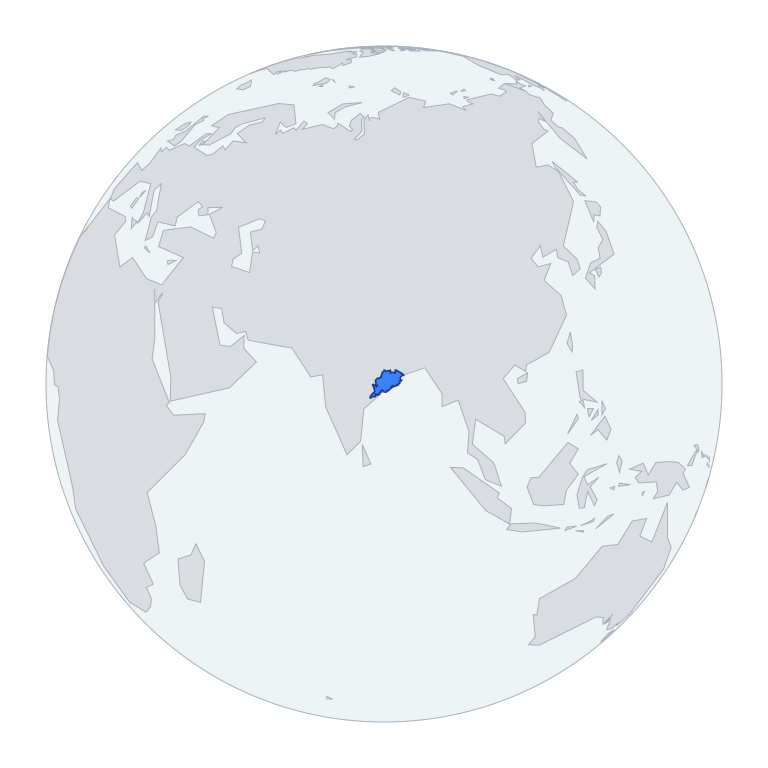 Odisha on an orthographic globe
{"feature_id": "IND-2444", "entity_name": "Odisha", "entity_type": "State", "adm_level": 1, "iso_a3": "IND", "parent_name": "India", "parent_adm1": "", "projection": "orthographic", "projection_center": [83.889, 20.172], "detail": "fine", "context": "on_globe", "style": "filled", "palette": "blue", "viewbox_px": 768, "rotation_deg": 0, "n_neighbors": 0, "source": "natural_earth", "source_scale": "10m", "svg_char_len": 15274}
<svg xmlns="http://www.w3.org/2000/svg" viewBox="0 0 768 768"><circle cx="384" cy="384" r="338" fill="#eef3f6" stroke="#a8b0b8"/><path d="M509.7,70.3L511.8,71.2L527.0,77.9L516.2,73.3L551.4,90.8L567.2,101.4L543.4,86.6L536.5,83.1L544.3,88.3L538.9,86.0L539.6,87.6L532.4,84.7L519.0,77.4L514.1,75.8L519.9,79.7L516.4,80.1L508.6,74.5L501.6,74.9L478.0,65.1L462.8,56.1L443.9,52.0L424.1,48.5L453.2,53.2L481.8,60.5L509.7,70.3ZM383.5,46.1L384.7,46.1L379.9,46.3L374.8,46.2L376.1,46.2L383.5,46.1ZM362.8,46.7L362.6,46.8L358.3,47.1L362.8,46.7ZM539.1,83.9L534.2,81.3L540.8,84.7L539.1,83.9ZM540.9,88.3L544.0,90.0L543.0,90.2L540.9,88.3ZM531.1,86.3L528.6,86.7L528.9,85.0L531.1,86.3ZM525.6,86.0L519.7,87.9L526.1,91.3L504.6,83.5L516.8,83.9L516.1,81.0L520.5,84.1L525.6,86.0ZM389.8,46.1L388.2,46.1L386.6,46.1L389.8,46.1ZM421.8,48.2L425.9,48.8L415.9,47.7L426.3,49.2L415.7,48.5L407.6,47.6L406.3,47.1L403.3,47.3L393.8,46.2L404.2,46.7L421.8,48.2ZM493.7,79.4L490.3,79.1L491.3,78.1L493.7,79.4ZM385.1,46.3L390.1,46.3L395.1,46.8L386.1,46.9L387.4,46.6L385.1,46.3ZM434.2,50.3L436.3,51.1L428.3,50.6L428.1,51.0L415.9,48.6L434.2,50.3ZM383.9,46.6L381.4,47.0L374.8,47.1L380.6,46.3L383.9,46.6ZM400.1,47.0L402.1,47.3L398.1,47.1L400.1,47.0ZM350.1,48.6L355.9,47.9L359.0,48.0L350.1,48.6ZM380.9,47.3L383.2,47.3L385.1,47.4L382.2,47.8L380.9,47.3ZM411.2,48.8L407.4,48.7L415.7,49.7L410.1,49.9L403.0,48.5L403.7,49.2L402.0,49.3L398.1,48.1L411.2,48.8ZM384.8,48.8L373.9,48.0L362.4,48.8L359.4,48.6L378.3,47.4L384.8,48.8ZM393.0,48.4L387.2,48.5L386.3,47.9L389.7,47.5L393.0,48.4ZM408.8,50.7L419.3,50.7L420.5,51.1L408.8,50.7ZM381.7,49.1L384.4,49.4L381.0,49.2L381.7,49.1ZM400.7,50.2L404.2,50.0L405.5,50.4L400.7,50.2ZM386.9,50.3L383.3,49.9L385.5,49.4L386.9,50.3ZM393.3,50.3L394.2,51.0L388.4,49.5L394.7,50.1L393.3,50.3ZM401.3,50.6L403.2,50.8L399.6,50.7L401.3,50.6ZM380.7,52.8L372.8,51.1L377.6,49.8L384.6,51.6L380.7,52.8ZM79.4,237.7L109.8,198.9L108.4,207.9L125.3,216.5L125.9,221.1L114.6,235.0L119.9,267.0L132.5,257.4L146.5,278.7L161.7,284.9L183.4,257.5L158.6,246.6L163.4,230.4L190.6,226.9L213.7,238.2L216.3,232.4L209.4,214.5L222.5,207.2L207.9,207.7L208.0,214.8L198.9,215.8L198.2,209.5L202.9,206.8L198.2,201.6L177.2,217.1L175.1,226.0L157.9,221.8L152.7,236.6L145.2,240.6L151.2,217.4L156.6,210.6L161.3,183.7L154.1,190.1L149.2,216.5L147.2,212.9L137.4,223.5L143.4,212.6L150.7,183.8L140.3,181.0L113.6,201.0L110.5,199.0L114.0,189.2L137.4,162.7L141.8,170.5L150.2,162.7L161.0,147.8L161.4,151.9L166.4,147.3L169.2,150.3L184.7,143.5L189.3,146.0L206.5,133.7L211.2,133.7L199.7,140.6L194.1,147.4L207.0,155.5L212.7,154.2L222.8,145.9L225.1,149.8L233.3,140.9L246.1,142.8L237.3,133.6L249.0,125.3L262.8,121.9L265.0,117.9L242.6,123.7L235.1,127.7L231.1,133.5L209.3,145.0L202.5,144.7L219.4,127.6L211.6,125.7L228.2,114.6L278.6,103.5L293.9,104.9L295.9,123.8L286.0,127.4L280.3,122.1L275.3,134.4L280.6,129.8L282.5,133.5L294.1,127.8L296.0,130.3L303.9,121.1L307.5,123.6L302.5,129.3L322.7,124.5L333.2,128.7L336.9,126.6L337.9,123.1L350.6,131.6L352.7,129.7L349.4,126.1L351.5,120.2L360.2,113.6L364.1,116.9L361.5,119.7L361.9,131.3L354.4,139.2L356.9,140.0L364.4,134.0L363.9,119.7L368.0,114.9L369.7,121.1L369.4,118.4L372.7,117.2L379.6,119.2L378.4,112.4L409.2,97.4L425.6,101.0L423.7,107.5L449.3,103.8L465.9,110.4L462.7,106.7L472.9,103.9L467.9,101.7L467.2,99.8L491.0,94.1L499.7,96.2L506.4,91.7L504.9,90.1L498.8,88.1L504.6,83.5L526.1,91.3L528.6,94.4L540.4,98.1L544.4,105.0L553.2,113.3L550.9,120.2L558.0,126.9L561.8,127.7L574.4,138.3L587.2,159.0L560.2,138.4L537.7,111.3L545.4,121.4L538.7,118.4L538.4,121.9L544.3,129.7L548.0,131.0L531.9,143.5L536.2,167.2L547.9,164.9L558.5,171.6L573.6,201.6L563.3,246.0L577.3,259.4L580.2,268.9L572.7,275.6L568.2,261.8L557.8,257.6L556.4,249.4L542.9,257.1L540.3,245.7L531.0,258.2L538.0,266.9L550.9,263.5L544.0,280.5L561.1,295.5L566.5,315.1L549.1,352.3L526.3,365.0L525.7,371.5L514.9,365.0L503.1,378.5L525.2,412.7L525.5,423.0L505.2,443.9L504.3,436.4L475.8,419.3L472.2,444.0L493.9,463.1L501.4,486.1L485.5,479.7L477.7,459.5L467.5,452.8L469.0,431.5L458.2,400.1L442.1,406.6L442.1,393.7L424.8,367.8L400.9,376.0L363.8,409.0L360.6,441.3L347.0,454.7L325.6,406.8L322.6,374.9L310.7,376.9L292.1,348.2L248.2,340.2L245.6,331.4L236.6,333.6L224.1,322.8L221.6,308.5L212.3,307.3L220.0,345.1L230.4,346.6L244.1,335.5L243.9,348.4L256.4,362.0L229.4,387.8L170.3,401.2L170.7,376.4L158.1,301.9L161.9,295.2L162.1,294.4L162.4,292.8L154.8,303.2L154.7,289.1L154.8,338.8L152.1,358.9L169.3,402.4L166.2,405.4L173.6,415.2L205.1,413.7L203.9,421.6L185.2,454.5L147.2,492.4L155.9,526.4L159.3,552.8L143.6,563.2L153.3,584.2L146.4,587.3L151.4,598.4L150.5,606.9L146.0,612.2L129.5,602.0L121.9,591.4L103.7,566.2L75.7,509.0L72.9,488.7L68.7,469.4L57.5,420.1L59.5,398.9L58.1,386.9L54.4,384.6L53.7,370.3L52.1,367.1L47.2,356.4L50.1,331.8L54.8,307.5L61.3,283.7L69.5,260.4L79.4,237.7ZM88.3,226.4L85.0,232.1L88.3,226.4ZM231.6,266.5L249.6,272.6L252.5,252.0L259.7,253.0L258.0,246.0L252.6,250.5L250.3,232.1L262.0,229.1L265.5,221.0L259.6,218.7L238.5,227.3L241.7,253.2L232.9,259.5L231.6,266.5ZM190.9,122.1L188.0,126.1L181.4,130.3L175.6,129.8L185.2,123.5L190.9,122.1ZM185.6,131.2L204.0,115.9L208.4,116.4L202.8,118.5L203.8,120.4L195.2,124.5L181.3,141.1L174.5,146.1L167.5,140.9L173.5,139.4L175.9,135.1L185.6,131.2ZM243.4,84.3L251.5,80.1L250.5,86.4L243.1,89.8L236.8,88.8L241.9,84.3L243.4,84.3ZM337.2,49.3L350.2,47.8L369.3,46.4L373.4,46.6L371.2,47.1L367.2,47.4L365.8,47.0L361.5,47.8L356.4,47.6L352.6,48.3L325.5,51.3L327.7,50.9L309.3,54.5L308.8,54.6L337.2,49.3ZM267.5,66.8L278.8,62.9L296.1,58.1L301.7,57.9L306.1,56.2L310.1,55.9L304.9,57.3L315.2,54.9L317.1,55.2L332.5,53.8L346.3,51.3L352.2,51.1L347.8,52.3L356.9,51.4L352.5,53.7L356.7,53.9L356.6,56.8L345.6,59.7L351.1,59.7L351.3,62.5L342.6,65.6L342.7,62.9L333.1,68.6L328.0,66.7L327.3,67.5L319.9,67.6L309.7,69.3L308.7,68.2L305.1,69.5L300.2,69.9L295.0,71.4L291.4,70.1L284.7,72.1L286.8,70.4L276.3,74.3L282.5,71.0L276.7,71.9L273.7,74.6L267.2,68.6L259.7,70.2L249.9,73.9L258.8,70.1L267.5,66.8ZM380.2,53.6L368.3,56.4L359.6,57.1L363.4,51.9L360.2,51.5L362.4,49.2L374.9,48.5L373.1,49.1L374.3,49.7L369.9,49.6L374.3,50.1L372.1,51.1L374.9,51.9L370.2,52.5L380.2,53.6ZM132.2,217.5L133.7,219.7L137.3,221.5L131.2,228.6L132.2,217.5ZM136.7,197.8L138.8,198.2L131.9,208.2L130.4,206.3L136.7,197.8ZM145.9,190.4L139.5,197.5L142.0,192.5L145.9,190.4ZM202.3,140.9L205.3,141.3L203.3,143.5L199.0,145.8L202.3,140.9ZM313.1,85.7L314.6,83.1L316.9,82.8L325.8,77.9L330.3,79.5L326.7,83.0L313.1,85.7ZM175.8,260.7L168.0,264.5L167.2,260.8L170.1,260.2L175.8,260.7ZM145.9,245.9L150.0,253.0L144.2,247.8L145.9,245.9ZM319.5,86.5L322.7,84.2L323.0,86.5L319.5,86.5ZM334.0,80.5L335.4,82.7L331.9,79.1L334.0,80.5ZM326.4,696.4L332.6,699.2L327.0,698.8L326.4,696.4ZM204.5,561.2L200.5,602.4L187.7,599.1L180.0,585.1L177.9,559.0L190.9,554.9L195.9,543.9L204.5,561.2ZM575.5,530.7L583.8,530.7L583.3,532.2L575.5,530.7ZM567.0,527.1L576.7,526.1L565.0,530.5L567.0,527.1ZM580.4,525.7L590.3,521.3L594.6,518.3L593.6,521.4L580.4,525.7ZM560.3,528.1L522.3,532.0L506.8,529.5L510.8,523.9L535.8,523.0L560.3,528.1ZM509.5,523.9L485.6,510.5L450.5,467.4L463.1,467.8L499.3,493.0L497.1,497.7L511.6,508.7L509.5,523.9ZM566.4,490.3L563.9,504.5L543.3,505.8L533.7,504.5L527.1,487.3L530.8,477.8L538.8,477.3L567.9,442.5L578.4,448.8L569.8,463.2L578.3,474.3L566.4,490.3ZM362.3,444.5L370.8,463.9L363.2,466.7L362.3,444.5ZM578.3,418.8L567.5,434.2L577.0,414.3L578.3,418.8ZM583.1,400.5L584.5,407.5L579.2,401.3L583.1,400.5ZM526.6,381.3L518.2,383.7L517.4,378.7L527.6,372.7L526.6,381.3ZM570.4,331.9L572.7,346.6L572.0,351.8L567.0,343.4L570.4,331.9ZM362.2,102.6L344.8,107.1L335.2,112.7L334.5,119.1L328.0,112.7L342.8,103.9L362.2,102.6ZM403.0,97.3L403.5,92.7L408.2,94.2L408.8,95.4L403.0,97.3ZM399.8,95.0L391.2,90.7L394.7,87.8L400.8,91.7L399.8,95.0ZM354.8,86.9L349.3,87.9L349.2,85.9L354.8,86.9ZM600.6,642.0L607.7,633.9L614.4,629.6L605.4,638.4L600.6,642.0ZM596.2,616.9L539.2,645.2L528.5,644.8L535.2,636.7L533.2,614.7L537.0,614.7L539.4,598.7L575.3,578.5L602.3,546.2L617.8,544.5L632.2,521.0L646.7,518.4L639.8,536.0L651.9,542.0L667.5,502.3L667.5,537.9L671.2,547.3L663.5,569.1L629.4,614.2L616.7,625.7L617.6,623.2L611.4,628.6L606.6,629.7L610.5,619.2L604.2,624.5L613.3,613.9L602.7,624.1L603.3,617.6L596.2,616.9ZM694.6,517.0L696.6,511.8L696.8,511.7L696.2,513.4L694.6,517.0ZM706.0,486.6L705.8,487.0L706.8,483.9L706.4,485.3L706.0,486.6ZM706.9,483.5L708.2,479.0L707.1,483.0L706.9,483.5ZM708.4,467.7L709.3,465.1L709.3,466.4L708.4,467.7ZM595.8,528.8L607.9,516.1L613.9,514.0L595.8,528.8ZM708.3,464.3L706.9,465.4L707.4,463.1L708.3,464.3ZM709.1,459.3L709.4,456.4L709.3,462.5L709.1,459.3ZM706.9,455.4L708.3,458.9L706.6,456.2L706.9,455.4ZM705.6,457.1L704.2,456.0L704.4,455.0L705.6,457.1ZM683.2,473.5L689.3,487.4L683.0,490.0L676.5,482.4L669.0,495.1L653.5,498.6L657.8,491.1L656.3,481.9L638.7,482.9L635.2,477.3L641.9,471.4L629.6,469.2L643.2,463.1L648.3,474.9L655.7,462.6L667.5,461.6L678.0,462.3L685.4,468.8L683.2,473.5ZM642.2,492.1L644.5,491.5L642.2,495.9L642.2,492.1ZM701.5,450.9L703.5,455.6L703.1,457.4L702.0,457.3L701.5,450.9ZM687.3,465.8L695.7,451.2L697.4,450.5L691.7,465.4L687.3,465.8ZM694.2,445.1L697.6,444.8L699.0,450.0L698.3,452.1L694.2,445.1ZM614.6,486.3L613.9,490.0L610.2,487.9L614.6,486.3ZM619.5,483.1L630.4,484.7L618.4,486.4L619.5,483.1ZM584.0,476.6L587.5,484.8L598.7,477.4L590.2,486.8L597.2,499.8L594.4,505.6L587.5,491.4L584.3,507.7L579.3,508.2L577.0,495.0L582.3,477.5L587.3,469.8L607.2,463.6L584.0,476.6ZM619.6,472.5L616.6,462.9L618.8,455.7L622.1,460.4L619.6,472.5ZM606.9,440.0L597.9,429.6L590.6,435.4L604.8,416.2L611.1,429.3L606.9,440.0ZM598.1,415.1L591.3,420.4L597.9,409.5L598.1,415.1ZM589.1,416.7L587.6,408.5L593.4,408.7L589.1,416.7ZM601.9,414.9L601.9,400.6L605.5,408.4L601.9,414.9ZM583.1,390.3L596.9,402.0L580.3,398.7L576.1,371.8L582.9,370.1L583.1,390.3ZM599.0,276.8L595.4,269.6L600.6,267.0L601.6,272.6L599.0,276.8ZM614.1,254.2L600.8,264.0L589.5,273.0L594.6,275.7L595.1,288.9L585.5,278.1L590.9,262.7L600.1,258.3L598.2,247.8L602.9,239.6L596.8,227.2L597.8,221.3L606.1,231.5L614.1,254.2ZM593.8,222.2L584.9,200.7L596.1,202.0L600.6,206.9L599.9,216.0L594.0,214.7L593.8,222.2ZM586.0,196.1L580.2,195.0L554.9,166.8L552.3,161.4L577.5,182.1L573.4,182.3L577.7,189.4L586.0,196.1ZM493.1,80.7L490.5,79.2L494.3,80.3L493.1,80.7ZM464.2,98.7L463.8,96.4L468.3,97.3L464.2,98.7ZM465.3,90.7L460.5,91.3L464.0,89.3L465.3,90.7ZM450.1,93.1L457.8,90.8L452.7,95.0L450.1,93.1Z" fill="#d9dde1" stroke="#a8b0b8" stroke-width="1"/><path d="M403.7,375.3L402.9,375.6L402.7,375.7L402.2,375.7L401.7,375.9L401.4,376.1L400.6,377.0L400.4,377.5L400.2,377.9L400.3,378.5L401.0,380.1L400.9,380.3L400.7,380.2L400.5,380.3L401.1,380.4L401.2,380.6L400.9,380.7L401.1,380.8L401.4,380.7L401.2,381.0L400.7,381.2L399.8,382.0L399.7,382.3L399.7,382.7L399.9,382.5L400.0,382.6L400.1,382.3L399.9,382.9L399.5,383.1L399.8,383.0L399.2,383.5L398.5,383.7L398.4,383.8L398.3,384.3L397.9,384.8L398.1,384.9L397.9,385.0L397.6,384.9L397.2,384.5L396.9,384.5L396.6,384.3L396.6,384.1L396.6,384.5L397.0,384.7L397.3,384.8L397.4,385.0L397.8,385.1L397.2,385.4L396.2,385.9L395.9,385.9L394.9,386.2L394.5,386.3L394.2,386.4L393.6,386.6L393.2,386.8L392.7,387.0L392.7,386.8L392.5,386.7L393.1,386.5L393.4,386.5L393.3,386.4L393.3,385.7L392.8,385.6L392.6,385.6L391.9,386.2L391.7,386.3L391.4,386.5L391.3,386.9L391.2,386.9L391.1,387.1L391.0,387.4L390.9,387.5L391.0,387.6L390.9,387.6L390.7,387.8L390.8,387.9L390.9,388.1L391.0,387.9L391.3,387.8L391.3,387.6L391.5,387.6L391.2,387.5L391.4,387.5L391.5,387.3L391.5,387.2L391.9,387.1L392.1,386.9L392.3,386.9L392.4,387.1L392.0,387.4L392.0,387.2L391.9,387.2L391.9,387.4L391.9,387.5L392.0,387.5L393.4,386.8L392.0,387.5L391.2,388.1L390.6,388.7L390.2,389.0L389.5,389.6L389.0,390.2L388.9,390.0L388.5,390.0L388.4,390.0L388.4,390.4L388.2,390.3L387.8,390.5L387.5,390.7L387.2,390.7L387.3,390.9L387.2,391.0L387.0,391.5L386.8,391.5L386.6,391.9L386.4,392.0L386.0,392.1L385.5,392.2L385.0,392.0L384.6,392.0L384.1,392.1L383.8,391.7L383.5,390.9L383.3,390.9L383.2,390.9L383.2,391.0L383.2,391.3L383.0,390.8L382.6,390.5L382.5,390.1L382.4,390.2L382.3,390.4L382.1,390.6L381.9,390.9L381.8,390.6L381.6,390.5L381.6,390.8L381.6,391.0L381.4,391.1L380.9,390.9L380.7,391.0L380.9,391.3L381.0,391.5L381.2,391.8L380.9,392.0L380.5,392.3L380.2,392.4L379.9,392.3L379.7,392.3L379.4,392.8L379.2,393.0L379.2,393.3L379.3,393.6L379.5,393.6L379.2,394.1L379.3,394.3L379.2,394.5L378.8,394.7L378.5,394.7L378.4,394.7L378.3,394.4L378.0,394.2L377.9,394.3L377.8,394.6L377.7,394.8L377.2,395.1L377.1,395.4L376.7,395.4L376.7,395.1L376.8,394.9L376.7,394.7L376.4,394.4L376.2,393.8L375.9,393.7L375.7,394.0L375.5,394.3L375.5,394.6L375.4,394.9L375.4,395.0L375.2,395.6L375.4,395.9L375.3,396.1L375.3,396.4L375.3,396.5L375.0,396.5L374.8,396.8L374.4,396.8L374.1,396.5L373.9,396.5L373.6,396.5L373.4,396.7L373.0,396.7L372.4,397.1L371.9,397.3L371.7,397.5L371.0,397.9L370.7,397.7L370.5,398.0L370.0,397.8L370.0,397.4L370.3,397.4L370.3,397.1L370.5,396.9L370.5,396.4L370.6,396.2L370.8,395.8L370.7,395.5L370.9,395.2L371.4,395.0L371.6,394.8L371.9,394.7L372.3,394.1L372.6,393.9L372.8,393.6L373.1,393.4L373.1,393.2L372.9,393.1L373.1,392.9L373.4,392.6L373.8,392.5L374.0,392.2L374.2,392.4L374.3,392.1L374.4,391.6L374.5,391.5L374.7,391.4L374.7,390.8L374.6,390.5L374.6,390.3L374.4,390.1L374.4,389.9L374.3,389.5L374.3,389.3L374.4,389.0L374.2,388.8L374.4,388.6L374.3,388.4L374.1,388.3L374.0,388.0L373.7,387.9L373.7,387.1L373.7,386.8L373.7,386.3L373.6,386.2L373.3,386.2L373.1,385.8L372.6,385.5L372.5,385.3L372.5,385.1L372.8,384.7L373.0,384.6L373.2,384.3L373.6,384.7L373.7,384.9L373.8,384.9L373.9,384.6L374.0,384.6L374.4,384.9L374.4,385.1L374.7,385.1L375.1,385.9L375.2,386.0L375.4,385.7L375.5,385.7L376.2,385.7L376.4,385.9L376.7,385.9L376.7,386.4L376.8,386.3L377.5,385.9L377.3,385.6L377.4,385.2L377.2,385.0L376.9,385.1L376.7,384.9L376.3,384.8L375.8,384.6L375.8,384.4L376.0,384.0L375.9,383.2L375.9,382.3L375.7,382.3L375.7,382.0L375.4,381.8L375.6,381.0L375.5,380.6L375.5,379.9L375.8,379.8L375.8,380.0L376.1,379.9L376.4,379.5L376.7,379.4L376.9,378.9L377.1,378.6L377.1,378.3L377.2,378.2L377.8,378.2L378.0,378.2L378.9,378.0L379.3,378.3L379.5,378.4L379.9,378.4L380.1,378.3L380.2,378.1L380.4,377.6L380.5,377.4L380.5,377.1L380.8,377.0L381.1,377.1L381.3,377.0L381.2,376.8L381.0,376.5L380.9,376.2L381.1,375.7L381.6,374.7L381.7,374.4L381.8,374.3L382.0,374.2L382.3,373.7L382.0,373.5L381.9,373.4L382.0,373.1L382.3,372.9L382.1,372.6L382.6,372.0L383.1,371.7L383.7,371.2L384.2,371.1L384.4,371.0L384.5,370.8L384.6,370.6L384.6,370.4L384.4,370.1L384.6,370.1L385.0,370.3L385.4,370.9L385.6,371.1L385.9,371.1L386.3,371.3L386.9,371.3L387.3,371.0L387.4,370.8L387.4,370.7L388.6,370.7L388.8,370.6L389.0,370.6L389.6,370.7L389.8,370.6L390.0,370.5L390.4,370.2L390.6,370.9L390.6,371.2L390.6,371.5L390.3,371.9L390.0,372.6L390.3,372.5L390.6,372.5L391.1,372.8L391.3,373.0L391.8,372.4L392.3,372.2L392.5,372.2L393.1,372.5L393.8,372.7L394.2,372.6L394.4,372.4L394.4,372.5L394.3,373.0L394.6,373.2L394.9,373.2L395.1,373.0L395.4,372.5L395.4,372.4L395.5,372.0L395.3,371.7L395.5,371.4L395.5,371.2L395.4,370.7L395.2,370.4L395.2,370.2L395.5,370.1L395.6,369.9L395.8,369.9L396.1,370.2L397.1,370.7L397.5,371.2L398.2,371.1L398.8,371.5L399.1,371.7L399.3,371.8L399.4,372.0L399.7,372.1L400.1,372.4L400.4,372.4L400.8,372.6L401.0,372.8L401.0,373.0L401.0,373.3L401.2,373.6L401.3,373.6L401.5,373.4L401.7,373.2L402.1,373.3L402.3,373.8L402.4,374.1L403.3,374.3L403.4,374.8L403.7,375.3Z" fill="#3b82f6" stroke="#1e3a8a" stroke-width="1.5"/></svg>